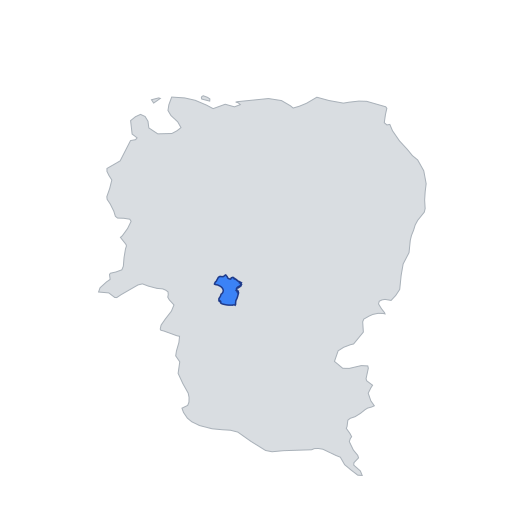 Stueng Trang, Kâmpóng Cham, Cambodia (highlighted), rotated 108°
{"feature_id": "14789045B55361225706218", "entity_name": "Stueng Trang", "entity_type": "district", "adm_level": 2, "iso_a3": "KHM", "parent_name": "Cambodia", "parent_adm1": "Kâmpóng Cham", "projection": "robinson", "projection_center": [105.52, 12.333], "detail": "fine", "context": "in_parent", "style": "filled", "palette": "blue", "viewbox_px": 512, "rotation_deg": 108, "n_neighbors": 0, "source": "geoboundaries", "source_scale": "gbopen_adm2", "svg_char_len": 6522}
<svg xmlns="http://www.w3.org/2000/svg" viewBox="0 0 512 512"><g transform="rotate(108 256 256)"><path d="M431.9,87.2L433.0,91.5L430.1,99.7L427.1,107.2L421.3,113.6L421.0,118.4L419.1,132.7L419.8,137.2L421.2,141.1L423.1,143.2L428.1,157.1L432.7,169.8L437.2,180.2L438.0,186.8L433.9,203.5L429.1,218.9L429.6,226.5L431.6,234.2L433.9,244.4L434.7,257.4L433.5,265.9L431.4,271.2L427.2,276.6L423.6,279.4L419.2,274.8L415.7,274.6L411.1,276.0L407.4,278.1L400.0,286.1L391.7,293.8L380.2,295.8L375.8,301.5L371.0,302.3L362.0,302.6L356.0,303.9L356.3,306.8L355.8,320.5L356.0,323.6L355.1,324.5L351.0,324.9L344.0,322.8L334.6,319.4L327.9,318.9L324.5,324.9L322.4,327.2L319.9,327.5L317.3,328.6L316.4,331.2L316.1,334.6L317.4,340.2L317.9,349.2L317.6,355.4L320.0,359.3L334.4,372.3L338.6,375.6L339.1,377.5L336.6,384.6L338.9,394.6L334.4,394.5L326.9,390.2L323.3,387.5L318.9,389.6L317.4,389.2L314.5,384.3L310.6,379.3L306.7,379.0L298.3,381.0L289.7,382.3L286.5,382.3L285.2,383.2L280.2,390.7L278.1,389.4L269.5,386.6L261.6,385.5L260.0,387.4L261.0,393.5L262.7,399.4L261.7,402.0L257.3,405.1L251.6,410.7L248.1,415.1L245.7,416.2L237.0,416.0L228.3,416.6L224.9,420.7L221.6,423.9L218.8,424.8L207.5,414.6L185.0,411.0L182.6,406.5L180.4,405.6L178.3,411.5L166.0,417.1L160.8,413.7L157.0,409.6L157.6,404.6L161.2,400.4L167.3,397.5L170.2,387.2L165.5,373.9L161.5,370.0L157.1,367.0L152.6,371.9L148.7,380.3L144.8,384.7L139.1,385.6L130.9,385.3L127.7,372.7L126.7,361.9L127.8,349.6L129.1,342.3L121.2,332.2L120.8,322.6L116.9,317.7L115.8,320.2L115.9,322.9L114.8,321.0L102.4,292.8L100.3,279.8L102.5,269.7L103.8,266.4L100.2,261.1L95.1,255.1L86.2,247.2L85.6,234.8L83.6,220.1L81.0,215.1L76.9,206.1L74.7,198.6L74.0,178.8L75.1,177.2L81.5,176.6L89.6,175.2L90.9,172.0L89.5,169.4L94.7,164.9L102.2,155.1L108.0,144.8L112.2,138.3L114.7,131.9L123.1,122.8L134.7,116.5L142.5,115.0L150.7,112.9L158.6,109.8L162.3,109.5L172.0,113.2L177.3,114.2L182.8,114.1L188.5,114.5L193.5,114.1L205.5,111.5L218.1,113.6L229.4,112.0L243.4,109.0L250.3,110.9L256.5,113.8L257.4,119.9L258.8,122.6L260.9,124.8L263.7,124.7L267.3,120.5L270.2,116.2L271.2,115.4L271.4,117.5L272.8,122.2L275.5,126.9L278.2,129.9L282.7,134.0L285.6,134.2L295.2,130.4L309.5,136.0L311.2,138.8L315.8,144.5L320.8,148.6L332.0,148.8L336.0,138.8L334.1,132.6L327.7,122.0L326.0,115.7L328.0,114.5L338.8,113.4L340.5,112.1L342.9,105.2L345.8,106.0L351.8,106.9L358.2,102.1L361.9,97.2L363.9,99.4L366.2,102.9L368.6,104.9L373.2,107.9L378.2,112.1L381.3,116.3L383.8,117.9L390.2,116.7L392.0,116.9L395.7,111.9L398.3,109.2L400.5,109.9L403.7,109.9L410.4,103.5L414.2,97.6L416.3,96.1L422.3,99.0L424.7,98.4L428.2,90.3L431.9,87.2ZM123.5,356.1L122.3,356.9L121.1,356.8L119.9,355.7L120.1,351.1L120.9,348.4L123.0,347.9L123.5,356.1ZM142.2,400.6L139.7,403.7L135.7,397.4L135.7,395.7L142.2,400.6Z" fill="#d9dde1" stroke="#a8b0b8" stroke-width="1"/><path d="M287.7,285.1L288.1,285.2L288.7,285.4L290.2,285.6L291.3,285.9L292.0,285.9L292.2,286.0L292.6,286.1L292.8,286.3L293.0,286.5L293.3,286.6L293.6,286.7L293.8,286.8L294.1,286.8L294.4,286.7L295.0,286.7L295.3,286.9L295.6,286.8L295.7,286.1L295.7,285.8L295.6,284.8L295.4,283.8L295.4,283.4L295.5,282.9L295.6,282.3L295.6,281.6L295.9,280.4L296.0,280.1L296.0,279.9L296.3,279.2L296.6,278.6L297.1,277.9L297.8,277.2L298.3,276.8L299.0,276.4L300.6,276.3L301.3,276.4L302.3,276.8L302.5,276.9L302.8,277.2L303.2,277.4L303.4,277.4L305.5,277.4L306.7,277.8L307.1,277.9L308.2,278.1L309.0,277.8L309.3,277.5L309.6,277.3L309.9,277.4L309.9,276.8L309.8,276.5L309.7,276.4L309.8,276.1L309.9,275.9L310.1,276.1L310.2,275.9L310.3,275.9L310.4,276.0L310.4,275.9L310.5,275.8L310.5,275.7L310.8,275.3L310.9,275.2L311.0,275.2L311.0,275.3L311.3,275.4L311.6,275.1L311.7,274.9L312.0,273.5L312.0,272.9L311.9,271.5L311.8,270.5L311.5,268.3L311.1,266.6L310.2,263.8L310.0,263.1L309.6,262.7L309.4,262.2L309.1,261.1L309.1,260.8L309.2,260.6L308.8,260.5L308.0,260.5L307.8,260.5L307.5,260.8L307.2,261.0L306.8,261.0L306.2,261.0L305.4,261.2L304.9,261.4L302.9,261.1L302.4,261.0L301.9,261.0L301.0,261.0L299.5,261.0L298.7,261.1L297.6,261.1L296.4,261.2L296.3,261.4L296.2,261.4L296.1,261.6L295.9,261.7L296.0,261.8L295.9,261.8L295.8,262.0L295.7,262.0L295.8,262.1L295.7,262.2L295.6,262.3L295.5,262.2L295.4,262.3L295.4,262.5L295.2,262.6L295.3,262.7L295.1,262.7L295.2,262.9L295.0,263.2L294.9,263.2L294.9,263.3L295.1,263.3L294.9,263.3L294.7,263.4L294.9,263.6L294.7,263.7L294.6,263.8L294.7,264.1L294.4,264.0L294.4,263.8L294.3,264.0L294.2,264.1L293.9,264.1L293.8,264.3L293.7,264.3L293.7,264.2L293.4,264.1L293.2,264.1L293.3,264.3L293.1,264.4L293.0,264.5L292.9,264.5L292.6,264.4L292.2,264.3L292.1,264.2L292.4,264.0L292.3,263.9L292.0,263.7L291.9,263.4L291.8,263.5L291.7,263.5L291.5,263.4L291.4,263.5L291.4,263.9L291.2,263.8L291.2,263.7L291.3,263.3L291.4,263.1L291.2,263.0L291.0,262.8L291.0,262.7L290.9,262.7L290.6,262.8L290.7,263.1L290.5,262.8L290.5,262.7L290.4,262.8L290.3,262.6L290.3,262.4L290.1,262.2L290.0,262.3L289.9,262.4L289.8,262.5L289.7,262.5L289.7,262.4L289.7,262.2L289.8,262.0L289.6,261.8L289.6,261.7L289.4,261.7L289.2,261.4L289.3,261.3L289.2,261.2L288.9,261.2L289.0,261.3L289.1,261.5L288.9,261.3L288.8,261.2L289.0,261.1L288.9,261.0L288.7,261.1L288.7,261.3L288.5,261.1L288.3,261.2L288.5,261.4L288.2,261.5L288.0,261.4L287.9,261.6L287.5,261.5L287.4,261.6L287.3,261.4L287.2,261.6L287.3,261.8L287.2,261.8L287.0,262.0L286.9,262.0L286.9,261.9L286.8,262.0L286.7,262.0L286.6,261.9L286.6,261.7L286.4,261.7L286.0,261.6L286.0,261.8L285.9,262.0L286.0,262.1L286.1,262.4L286.3,262.4L286.3,262.5L286.1,262.5L286.0,262.8L286.2,263.0L286.3,263.1L286.2,263.1L286.0,263.5L285.7,263.5L285.8,263.7L285.7,263.7L285.7,263.8L285.6,264.0L285.4,264.2L285.4,264.4L285.6,264.5L285.5,264.8L285.4,265.1L285.4,265.3L285.4,265.8L285.2,265.9L285.1,266.0L284.9,266.4L285.0,266.5L284.9,266.7L284.9,266.9L284.8,267.1L284.7,267.0L284.4,267.4L284.4,267.5L284.5,267.7L284.6,267.8L284.5,268.1L284.4,268.1L284.4,268.5L284.2,268.8L284.3,269.0L284.1,269.0L284.1,269.4L284.2,269.5L283.9,269.6L283.9,269.9L283.9,270.0L283.8,270.3L283.7,270.4L283.8,270.5L283.7,270.6L283.7,271.1L283.4,271.3L283.5,271.6L283.9,272.0L284.1,272.4L284.2,272.6L284.3,272.7L284.5,272.7L284.9,272.9L285.1,272.9L285.5,272.8L285.9,273.1L286.0,273.3L286.0,274.6L285.8,275.7L285.7,276.0L284.6,277.0L284.2,277.6L283.9,278.2L283.5,278.7L283.5,278.9L283.4,279.0L283.6,279.2L284.0,279.6L284.5,279.9L285.3,280.4L285.5,280.5L285.8,280.9L286.0,281.2L286.0,281.3L286.0,281.8L286.1,282.0L286.2,282.4L286.4,282.7L286.5,283.1L286.4,283.4L286.4,283.6L286.5,283.7L286.6,284.0L286.9,284.4L287.2,284.5L287.7,285.1Z" fill="#3b82f6" stroke="#1e3a8a" stroke-width="1.5"/></g></svg>